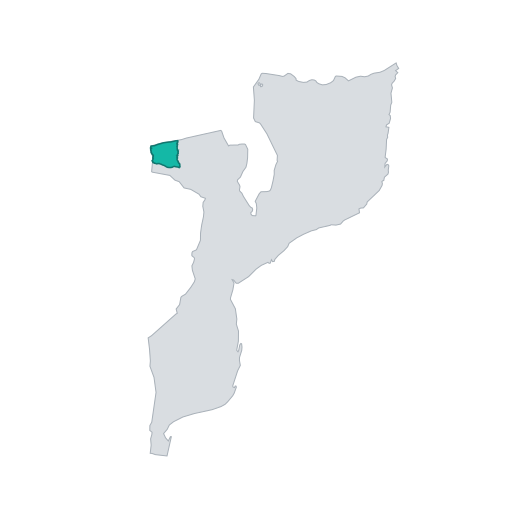 Zumbu, Tete, Mozambique (highlighted), rotated 8°
{"feature_id": "85939544B34189520387166", "entity_name": "Zumbu", "entity_type": "district", "adm_level": 2, "iso_a3": "MOZ", "parent_name": "Mozambique", "parent_adm1": "Tete", "projection": "robinson", "projection_center": [31.028, -15.185], "detail": "fine", "context": "in_parent", "style": "filled", "palette": "teal", "viewbox_px": 512, "rotation_deg": 8, "n_neighbors": 0, "source": "geoboundaries", "source_scale": "gbopen_adm2", "svg_char_len": 7458}
<svg xmlns="http://www.w3.org/2000/svg" viewBox="0 0 512 512"><g transform="rotate(8 256 256)"><path d="M160.6,352.1L163.7,349.4L184.7,324.7L186.0,323.7L184.3,319.6L187.1,314.8L187.4,307.3L188.3,306.1L191.5,303.6L195.9,295.9L198.6,290.0L199.0,287.1L195.0,279.0L193.9,274.7L195.1,270.9L195.5,267.3L195.0,266.2L192.5,264.7L192.2,263.1L192.2,261.3L192.7,260.3L195.6,258.6L196.3,257.7L198.8,248.2L197.9,241.1L197.9,232.9L198.5,224.5L198.3,219.7L196.4,214.2L196.2,210.3L197.6,207.5L197.9,205.9L193.2,205.0L190.9,202.7L182.1,199.1L175.3,198.6L169.6,193.1L165.2,192.2L159.5,188.2L141.6,187.4L140.9,187.0L140.3,174.9L139.6,170.9L137.4,166.6L136.8,163.6L136.9,161.6L146.8,157.2L166.3,151.0L170.6,148.9L203.7,136.5L204.7,137.3L207.9,143.6L213.5,150.8L214.8,149.8L222.8,148.6L223.9,147.7L226.4,147.1L229.1,146.7L230.1,147.1L233.0,151.5L234.0,159.9L234.1,165.5L233.7,169.5L231.3,174.1L229.6,180.0L227.1,183.2L227.1,184.7L229.9,188.2L230.5,189.6L230.4,192.7L230.8,193.9L233.3,195.8L235.2,198.7L242.3,207.1L244.2,208.6L245.6,209.0L246.3,210.7L245.9,212.6L244.8,213.7L245.2,215.3L246.6,216.5L249.9,216.3L250.3,215.8L250.1,208.3L249.0,204.0L247.6,202.0L250.5,193.9L252.0,191.7L257.4,190.8L259.8,190.0L260.9,189.1L261.7,186.5L262.4,179.3L262.7,172.6L262.1,168.7L263.0,162.8L264.2,159.1L263.6,158.4L263.2,153.4L249.8,133.5L242.1,124.6L240.9,123.7L236.6,123.0L234.4,119.7L232.7,101.9L229.9,89.0L234.3,80.5L235.8,75.0L236.7,74.2L240.5,73.9L253.9,74.1L257.2,74.5L258.7,74.0L262.2,70.7L265.0,70.8L268.8,72.9L270.9,74.7L271.3,76.3L273.9,77.2L278.7,77.5L282.2,76.7L284.4,74.8L286.7,73.7L289.1,73.6L290.9,74.3L292.1,75.7L294.4,76.7L297.9,77.3L301.7,76.4L305.9,74.0L308.3,71.5L309.6,67.2L310.3,66.6L316.1,66.2L319.3,67.1L323.2,69.7L330.1,65.0L334.5,63.4L338.6,63.4L342.0,62.2L344.7,60.0L347.5,58.5L353.2,56.8L357.1,54.5L367.9,45.3L369.1,47.9L371.2,50.4L368.4,53.0L370.9,54.7L369.0,57.3L368.8,59.0L369.6,60.8L368.4,63.7L366.8,65.9L366.4,67.6L367.7,70.6L367.0,76.0L369.1,84.9L368.4,87.8L368.8,94.9L368.0,97.4L369.4,98.3L370.1,101.1L369.4,106.0L367.0,108.0L366.7,110.0L369.7,110.1L369.7,116.2L369.3,118.0L369.9,120.1L369.1,122.4L370.0,132.2L370.1,139.3L370.2,140.5L372.7,141.7L372.7,143.6L371.0,146.2L371.1,150.0L372.9,147.0L374.0,147.0L375.0,148.2L375.0,152.5L375.5,154.6L375.3,156.5L372.2,160.1L372.0,163.5L370.9,164.0L370.3,164.8L371.1,166.8L371.0,168.6L368.9,174.0L358.6,187.0L358.4,189.2L355.7,193.4L352.9,194.0L351.4,195.1L352.5,198.8L338.9,207.9L337.5,209.2L335.3,212.6L330.8,214.3L326.0,214.6L325.2,215.3L314.2,219.5L312.0,221.5L307.3,223.4L300.0,227.9L293.9,232.3L287.0,238.8L286.1,242.3L282.9,246.9L278.0,252.3L275.1,256.8L274.9,258.7L273.2,259.3L271.8,257.5L271.1,261.1L270.0,261.4L268.7,260.6L262.6,264.5L258.0,268.9L251.6,277.4L242.2,285.5L240.1,285.7L237.2,282.9L235.6,282.7L238.0,285.8L237.8,292.7L236.6,300.8L236.7,302.5L242.9,311.1L245.8,321.1L246.0,326.2L249.1,332.8L250.4,342.7L250.0,352.0L251.5,353.4L252.0,352.1L252.3,346.3L253.2,344.7L254.0,345.0L254.8,348.1L255.0,351.4L253.8,358.7L254.1,361.6L255.7,366.5L253.8,372.2L251.0,388.0L251.6,389.0L253.0,389.3L253.5,387.6L254.3,387.6L254.8,388.6L253.5,394.8L252.4,397.6L248.3,404.2L246.1,407.1L242.4,409.9L233.9,414.3L216.8,420.6L206.0,425.6L197.5,431.5L193.7,435.4L192.2,440.0L189.2,444.7L191.7,448.6L194.9,451.4L196.4,446.8L197.3,446.7L195.7,466.4L184.0,466.7L180.6,466.0L178.7,466.1L178.5,457.9L177.1,451.8L177.7,447.4L177.6,445.0L175.1,443.5L174.5,438.7L175.9,435.1L176.0,405.0L171.9,390.4L166.3,379.9L166.0,374.6L163.5,363.0L160.6,352.1ZM237.3,87.8L238.6,87.0L238.9,85.6L238.0,84.8L237.2,85.0L236.8,87.4L237.3,87.8ZM236.3,85.1L235.2,84.0L234.3,84.3L234.0,85.2L234.9,86.5L235.8,86.5L236.3,85.1Z" fill="#d9dde1" stroke="#a8b0b8" stroke-width="1"/><path d="M167.6,179.2L167.9,178.7L168.0,178.5L168.0,178.4L168.3,178.3L168.3,178.2L168.2,177.6L168.0,177.4L168.0,177.2L167.9,176.8L167.9,176.6L167.9,176.3L167.7,176.2L167.6,175.7L167.5,175.2L167.3,175.0L167.0,174.8L166.9,174.8L166.9,175.0L166.6,174.9L166.5,174.7L166.3,174.4L166.1,174.0L166.0,173.7L165.9,173.7L165.9,173.4L165.8,173.2L165.7,173.1L165.6,172.9L165.3,172.8L165.2,172.8L165.1,172.5L165.1,172.4L164.7,172.1L164.6,171.8L164.5,171.7L164.4,171.4L164.3,171.2L164.2,171.0L164.2,170.9L164.3,170.8L164.4,170.7L164.4,170.3L164.4,170.2L164.5,170.1L164.4,170.0L164.4,169.8L164.5,169.6L164.5,169.4L164.4,169.3L164.2,169.2L164.3,169.1L164.4,168.9L164.4,168.7L164.2,168.6L164.0,168.2L163.9,168.1L163.7,167.9L163.9,167.8L164.0,167.6L164.2,167.3L164.4,167.2L164.2,167.0L164.1,166.8L164.0,166.7L164.2,166.4L164.3,166.2L164.2,166.1L164.2,165.9L164.2,165.7L164.3,165.6L164.6,165.4L164.7,165.2L164.6,164.9L164.5,164.7L164.4,164.3L164.3,164.2L164.5,163.9L164.5,163.7L164.4,163.7L164.3,163.4L164.2,163.4L164.1,163.2L164.0,162.9L164.1,162.7L163.9,162.4L163.7,162.3L163.8,162.2L163.7,162.2L163.7,161.9L163.5,161.7L163.4,161.5L163.2,161.4L163.0,161.1L163.1,160.9L163.1,160.7L163.0,160.4L162.9,160.2L162.8,159.9L162.8,159.7L162.8,159.2L162.9,158.8L162.7,158.6L162.4,158.4L162.5,158.1L162.5,157.9L162.6,157.7L162.6,157.4L162.7,157.2L162.8,157.1L162.9,156.7L162.8,156.4L162.7,156.4L162.4,156.3L162.2,156.3L162.1,156.0L162.1,155.9L162.0,155.6L162.3,155.5L162.3,155.4L162.3,155.0L162.3,154.9L162.5,154.8L162.5,154.7L162.4,154.6L162.4,154.4L162.5,154.4L162.7,154.2L162.7,153.9L162.7,153.6L162.7,153.4L162.7,153.2L162.6,152.9L162.5,152.7L162.4,152.7L160.2,153.2L159.0,153.7L156.2,154.7L155.8,154.9L154.2,155.2L153.8,155.3L150.9,156.1L149.4,156.5L148.0,157.0L146.4,157.8L145.4,158.2L144.9,158.4L144.8,158.5L143.7,158.9L142.0,159.8L140.4,160.8L137.0,161.7L136.6,161.9L136.6,162.1L136.9,162.3L136.9,162.6L137.0,162.9L136.9,163.1L136.6,163.2L136.5,163.3L136.5,163.7L136.6,163.8L136.7,164.1L136.7,164.4L136.7,164.5L136.8,164.6L137.1,164.5L136.9,164.8L137.0,165.2L137.0,165.3L136.9,165.4L136.9,165.5L137.0,165.9L137.1,166.0L137.3,166.3L137.5,166.4L137.5,166.5L137.6,166.8L137.5,167.0L137.5,167.5L138.0,167.9L138.0,168.0L138.0,168.3L137.9,168.4L138.0,168.5L138.2,168.8L138.3,168.9L138.4,169.0L138.5,169.0L138.6,169.3L138.7,169.5L138.9,169.6L139.0,169.5L139.3,169.7L139.4,169.9L139.4,170.1L139.6,170.1L139.8,170.2L139.8,170.3L139.8,170.5L140.0,170.7L140.2,170.8L140.3,170.8L140.3,171.0L140.2,171.1L140.3,171.4L140.4,171.6L140.3,171.8L140.4,172.0L140.2,172.2L140.3,172.3L140.2,172.4L140.2,172.5L140.3,172.7L140.3,172.8L140.2,172.9L140.2,173.0L140.3,173.2L140.4,173.4L140.2,173.5L140.3,173.8L140.5,173.9L140.7,174.0L140.6,174.3L140.5,174.6L140.4,174.9L140.3,175.4L140.2,175.5L139.9,175.9L139.8,176.0L139.9,176.3L140.0,176.3L140.2,176.5L140.3,176.6L140.4,176.8L140.5,176.9L140.7,177.0L140.8,177.0L140.9,177.3L141.0,177.4L140.9,177.6L141.0,177.7L141.0,177.8L141.3,177.9L141.5,177.9L141.8,177.8L142.0,178.0L142.4,178.1L142.5,178.3L142.9,178.3L143.0,178.3L143.5,178.3L143.8,178.3L144.1,178.4L144.4,178.5L144.6,178.6L144.9,178.5L145.2,178.5L145.4,178.4L145.6,178.3L145.8,178.1L146.1,178.0L146.3,178.0L146.7,178.1L146.9,178.0L147.2,177.9L147.3,177.9L147.5,177.9L148.1,178.2L148.3,178.2L148.5,178.2L149.1,178.3L149.4,178.3L150.0,178.6L151.4,179.0L152.0,179.0L152.4,179.1L152.8,179.3L153.1,179.4L154.2,179.8L154.3,179.9L154.9,180.2L156.0,180.5L156.4,180.5L156.9,180.5L157.8,180.5L158.2,180.4L158.5,180.3L158.8,180.3L159.2,180.3L159.4,180.3L160.2,179.9L160.7,179.8L161.3,179.3L161.7,179.0L162.1,178.8L162.4,178.8L162.7,178.6L162.8,178.6L163.1,178.6L164.2,178.8L164.6,178.8L165.1,178.8L165.7,178.8L166.2,178.8L166.7,178.8L166.9,178.9L167.6,179.2Z" fill="#14b8a6" stroke="#0f766e" stroke-width="1.5"/></g></svg>